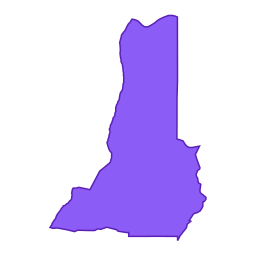 outline of Paranavaí, Paraná, Brazil
{"feature_id": "56859067B4157250123449", "entity_name": "Paranavaí", "entity_type": "district", "adm_level": 2, "iso_a3": "BRA", "parent_name": "Brazil", "parent_adm1": "Paraná", "projection": "mercator", "projection_center": [-52.54, -22.874], "detail": "fine", "context": "isolated", "style": "filled", "palette": "violet", "viewbox_px": 256, "rotation_deg": 0, "n_neighbors": 0, "source": "geoboundaries", "source_scale": "gbopen_adm2", "svg_char_len": 2455}
<svg xmlns="http://www.w3.org/2000/svg" viewBox="0 0 256 256"><path d="M132.0,19.1L131.0,20.7L129.8,22.8L128.6,23.6L127.5,25.5L126.5,27.4L126.1,28.7L125.3,29.7L124.9,30.9L123.6,32.1L122.9,33.2L121.9,34.4L121.4,35.5L121.2,37.1L120.6,39.0L119.7,42.6L120.0,44.9L120.1,46.2L120.3,48.3L120.3,51.1L120.0,53.1L120.2,55.0L120.5,57.2L120.8,58.8L121.2,60.2L121.0,61.5L121.6,62.9L122.4,64.3L122.6,66.4L123.0,68.7L123.1,71.1L123.6,73.1L123.4,75.4L123.8,77.0L123.7,79.4L123.7,82.7L123.1,84.0L123.0,85.4L122.9,87.3L122.3,90.1L120.6,92.4L120.0,94.3L119.4,98.0L119.1,99.8L117.9,101.8L117.4,103.6L116.6,104.8L115.7,107.9L115.7,109.3L115.8,111.1L115.0,113.2L114.9,115.1L114.2,116.7L113.1,117.9L112.9,119.2L112.6,120.3L111.4,123.5L110.5,125.1L110.1,127.7L109.3,129.2L110.0,131.2L109.9,132.7L109.1,135.1L108.8,137.3L108.2,138.7L107.9,140.5L107.0,142.4L107.7,145.4L109.0,149.2L110.1,151.3L111.6,152.8L111.6,157.5L110.2,162.4L103.5,168.1L101.7,169.5L99.8,171.0L90.8,188.0L89.9,189.7L78.9,187.3L76.2,188.1L74.6,188.1L73.2,188.1L72.4,189.4L71.7,193.1L72.1,194.9L71.7,197.2L71.7,198.6L71.0,199.9L69.2,201.4L68.0,203.3L66.7,203.8L65.6,205.0L64.5,205.6L63.3,205.8L62.8,207.0L61.5,208.3L60.5,210.2L57.5,214.0L56.4,216.0L55.6,218.5L53.9,220.7L52.0,223.7L51.6,225.1L50.7,226.4L50.0,227.5L52.5,228.2L53.6,228.3L56.4,228.0L58.1,228.1L66.8,229.7L74.6,231.6L77.7,230.2L84.5,230.4L88.6,230.5L90.3,230.5L94.3,230.5L95.5,230.2L97.1,229.1L98.5,228.9L100.1,229.3L101.4,229.1L106.8,227.2L116.5,229.7L118.1,231.2L127.1,232.6L128.7,232.5L128.7,236.4L137.0,236.4L146.8,236.4L152.7,236.3L177.5,236.4L177.6,240.6L180.2,235.6L186.4,227.8L187.2,224.2L190.8,221.2L189.2,220.5L190.0,219.2L193.6,213.8L195.4,213.1L197.3,212.6L198.6,211.8L200.3,210.8L202.4,207.3L202.9,206.0L202.8,204.6L203.0,201.9L204.2,201.5L205.1,200.5L206.0,199.0L205.9,197.2L204.1,195.9L203.1,194.8L201.7,194.0L200.3,192.6L199.9,190.5L200.8,184.3L198.3,182.6L197.6,178.1L196.4,176.3L196.2,174.2L197.7,170.3L199.5,169.3L200.0,167.9L196.8,159.1L195.3,154.0L196.3,152.8L196.9,151.4L199.5,146.1L192.2,147.5L189.0,147.4L187.4,146.5L186.1,145.5L184.8,143.8L183.1,141.0L180.5,140.0L176.9,139.0L177.0,115.3L177.0,98.3L177.5,81.2L177.5,75.6L177.4,18.7L177.4,17.0L175.4,16.2L172.9,15.5L171.1,15.4L170.0,15.5L168.2,15.5L165.7,16.5L164.3,17.0L159.5,19.2L157.2,20.7L155.1,22.6L150.7,25.4L148.7,26.4L147.4,26.9L145.5,26.9L144.3,26.6L142.3,25.3L138.8,21.7L137.7,20.8L135.5,19.9L132.0,19.1Z" fill="#8b5cf6" stroke="#5b21b6" stroke-width="1.5"/></svg>